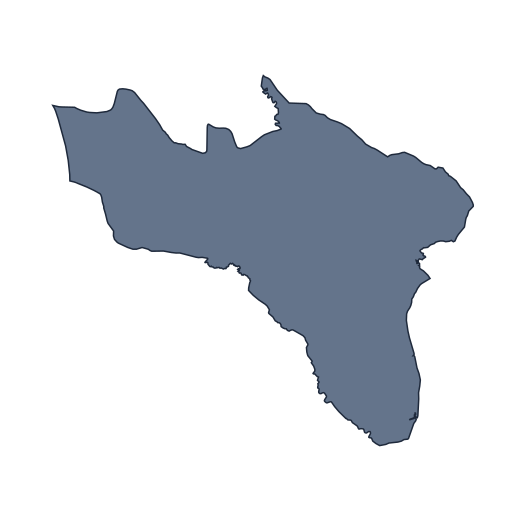 Stoung, Kâmpóng Thum, Cambodia, rotated 274°
{"feature_id": "14789045B61102121423301", "entity_name": "Stoung", "entity_type": "district", "adm_level": 2, "iso_a3": "KHM", "parent_name": "Cambodia", "parent_adm1": "Kâmpóng Thum", "projection": "orthographic", "projection_center": [104.491, 12.979], "detail": "fine", "context": "isolated", "style": "filled", "palette": "slate", "viewbox_px": 512, "rotation_deg": 274, "n_neighbors": 0, "source": "geoboundaries", "source_scale": "gbopen_adm2", "svg_char_len": 6114}
<svg xmlns="http://www.w3.org/2000/svg" viewBox="0 0 512 512"><g transform="rotate(274 256 256)"><path d="M436.5,250.7L434.0,250.0L425.8,249.4L424.0,250.9L423.2,251.1L422.8,252.0L422.6,253.0L423.0,254.0L423.9,254.7L424.0,255.4L422.8,255.6L422.0,255.7L421.7,255.0L421.3,253.4L421.5,252.5L420.3,251.4L419.8,251.6L418.2,254.3L419.4,256.0L419.2,256.5L417.4,257.3L415.8,256.5L414.8,256.8L414.5,257.3L415.1,258.7L416.0,259.3L415.8,260.5L415.3,260.9L413.7,260.6L410.6,262.0L410.1,262.5L410.2,263.4L411.7,264.3L411.1,265.4L410.3,265.8L409.4,265.9L406.6,264.3L405.4,266.1L404.7,267.8L400.5,268.4L398.9,268.0L398.6,266.7L397.4,266.1L396.7,265.1L393.8,265.1L393.0,266.3L392.4,268.2L390.9,269.9L390.2,270.0L389.8,266.2L388.7,266.0L387.6,267.0L387.6,268.6L386.9,270.1L384.8,272.2L384.4,272.2L382.6,268.4L381.4,264.1L377.5,255.9L375.3,253.1L365.8,242.5L364.3,239.4L362.1,233.2L362.5,230.8L362.9,229.8L363.9,229.0L368.3,226.8L376.3,223.6L378.5,222.1L380.3,220.0L381.3,217.0L381.3,214.4L380.9,210.4L381.0,207.0L381.8,204.3L384.2,199.6L384.0,199.0L382.9,198.5L380.8,198.4L358.5,199.6L357.0,199.5L355.5,198.3L354.7,195.7L357.9,184.2L358.4,183.7L360.4,179.1L362.5,177.5L362.2,175.2L362.5,174.1L362.6,170.4L363.3,168.1L363.2,166.5L365.0,164.1L368.1,161.1L370.4,159.5L371.6,157.9L373.1,156.9L375.1,154.1L380.3,150.7L386.1,146.1L400.5,133.2L403.3,130.2L410.6,123.5L412.2,121.0L412.8,118.9L413.4,114.6L413.5,111.3L413.0,108.2L412.0,106.9L410.6,106.2L398.2,104.0L394.5,102.9L392.9,102.0L391.5,100.8L389.7,97.2L387.7,87.2L387.6,80.0L387.8,77.2L389.2,71.0L390.6,67.0L391.7,64.7L391.1,51.4L391.1,49.0L392.0,42.8L389.2,44.7L386.4,46.1L378.8,49.2L352.5,58.4L338.3,62.0L324.3,64.5L317.9,65.1L317.1,69.8L313.0,82.5L310.1,89.9L307.2,96.1L305.9,97.1L303.7,98.0L299.1,99.0L294.8,100.7L293.2,100.8L287.3,103.0L280.6,105.1L278.1,106.2L271.0,112.2L266.1,112.4L262.7,113.7L260.2,116.3L259.3,117.7L255.6,127.4L254.2,132.8L254.5,136.4L256.5,141.7L256.4,142.5L255.2,148.1L254.1,149.9L253.5,151.6L254.5,163.3L253.6,171.4L253.4,176.1L253.7,179.8L250.6,196.3L250.4,198.7L250.9,202.4L250.4,207.6L250.2,208.0L249.4,208.0L246.5,205.7L246.0,205.6L245.9,206.2L246.3,208.1L246.0,208.4L244.4,208.7L242.3,210.7L242.2,211.6L242.6,212.0L242.2,212.2L242.0,214.0L241.5,214.3L241.0,215.8L241.4,217.4L241.9,217.7L241.6,218.6L242.1,219.9L241.3,220.9L241.6,222.2L240.7,224.4L241.3,225.3L241.3,226.8L241.7,227.1L242.8,227.2L243.1,228.3L243.9,229.3L244.9,229.2L246.9,230.9L246.3,232.0L247.0,233.2L246.3,233.7L245.9,234.7L245.3,234.5L244.9,235.3L245.1,236.2L244.3,236.7L244.5,237.7L244.1,238.4L244.8,239.1L244.6,240.2L243.0,241.1L242.5,240.9L242.2,239.4L241.2,238.6L240.7,239.3L240.8,240.4L240.4,240.4L239.3,239.3L239.2,239.8L237.8,240.6L238.0,241.8L237.7,242.3L236.3,242.9L236.0,243.4L236.2,243.8L236.0,244.5L236.7,244.7L236.8,245.2L236.5,246.4L235.5,248.2L235.5,248.8L233.8,249.9L232.8,251.5L231.7,251.5L231.1,252.2L230.5,252.2L228.8,251.6L223.6,250.9L221.1,251.0L216.6,256.0L212.4,261.8L208.5,268.6L206.8,270.7L203.3,273.1L200.3,272.5L199.6,272.8L196.3,277.2L192.7,279.7L191.7,281.8L191.1,282.2L191.0,284.0L190.4,284.8L189.4,285.6L187.3,286.0L186.0,288.2L185.4,290.1L185.5,291.3L184.0,292.5L183.4,294.3L184.2,295.5L184.9,297.1L184.7,298.3L179.8,308.5L177.9,310.5L175.4,311.4L171.8,313.9L170.9,313.9L168.2,312.7L163.8,313.4L161.3,314.2L160.1,314.7L155.2,319.2L154.6,319.3L153.4,318.6L150.2,321.2L147.1,322.6L145.3,322.7L142.9,321.1L142.4,321.5L142.4,322.9L140.0,325.5L139.6,326.8L136.3,326.0L134.8,327.6L134.1,327.5L132.9,326.6L131.6,327.0L129.5,326.7L128.7,326.8L128.2,327.9L127.3,328.3L125.3,328.0L124.3,328.1L123.8,328.4L123.2,329.3L123.2,330.4L124.2,332.0L124.4,332.9L124.0,333.9L121.3,336.0L120.3,336.1L117.6,334.6L116.3,334.3L115.6,334.8L114.7,336.0L114.4,337.0L115.8,340.3L115.7,341.4L111.2,345.0L106.6,349.5L100.6,356.5L100.2,356.9L100.3,357.4L98.9,359.1L98.9,361.8L98.5,362.5L96.5,363.8L93.7,368.5L93.0,369.2L91.2,370.1L90.5,370.8L91.1,372.8L91.0,374.9L90.5,375.6L87.8,376.6L87.2,377.4L87.2,378.7L88.7,380.5L88.8,382.0L88.3,382.4L86.9,382.6L83.8,381.2L83.0,381.2L82.7,381.8L82.5,383.6L82.1,384.1L79.5,385.4L77.3,388.7L75.5,392.6L77.1,398.6L78.7,401.7L80.3,410.6L81.5,414.0L83.2,416.4L83.9,420.2L84.7,420.9L100.0,425.1L102.7,426.8L104.2,427.2L106.1,426.3L105.0,424.9L103.2,420.4L104.0,421.1L105.4,424.5L106.2,425.3L108.6,425.1L109.1,425.6L110.5,425.7L110.4,426.1L109.1,426.3L108.3,425.5L107.0,426.3L105.9,427.7L105.9,428.2L107.9,428.6L124.8,428.3L131.0,427.7L137.5,428.4L143.8,428.6L150.1,426.8L155.6,424.4L166.6,421.4L167.8,420.5L167.6,419.8L168.9,420.6L170.0,420.4L185.0,414.8L191.7,412.8L202.2,410.5L208.8,410.3L211.5,411.0L215.1,413.0L217.5,413.9L220.7,414.5L223.9,414.4L226.3,415.8L229.7,416.8L230.6,417.7L234.9,419.4L238.6,421.7L240.0,423.1L245.7,431.2L248.7,428.9L252.8,424.1L254.7,420.6L255.7,420.0L257.2,420.0L257.8,419.1L258.1,419.8L259.8,419.7L260.3,419.2L260.3,418.5L261.7,418.3L261.5,417.6L260.5,417.8L260.0,417.7L259.7,417.2L260.0,416.9L261.3,416.9L262.3,416.1L262.9,416.0L262.5,417.0L262.6,417.7L263.4,418.5L264.3,418.9L264.5,419.4L263.9,422.1L265.0,423.0L266.6,425.2L267.1,425.1L267.6,424.6L268.0,422.9L268.7,422.5L269.8,422.9L270.4,422.5L270.6,420.9L272.5,419.2L272.9,419.2L274.0,420.2L274.5,421.2L276.0,422.7L275.9,423.3L276.6,426.7L279.3,429.3L280.9,433.1L282.2,434.1L283.1,436.2L283.9,439.1L284.0,442.0L283.5,444.2L284.2,447.9L285.2,449.7L284.0,451.9L284.8,453.4L288.9,454.9L291.7,456.4L299.4,461.9L307.4,462.7L309.2,463.1L310.9,464.0L315.7,465.1L320.6,469.2L322.0,469.2L324.5,468.2L329.8,464.9L332.8,461.5L336.5,458.1L338.5,455.3L344.9,450.4L349.0,444.4L349.6,442.6L351.0,442.0L353.1,439.1L356.8,436.3L357.3,431.5L355.6,430.0L355.4,428.5L358.4,423.5L359.0,419.2L359.7,417.1L360.8,414.9L365.5,408.4L366.7,406.1L369.8,397.0L369.4,394.8L367.9,391.2L366.6,384.5L365.8,382.6L364.1,380.4L370.2,369.4L371.5,366.5L372.2,363.8L375.3,357.5L379.3,353.5L382.6,348.9L389.7,340.5L394.0,332.1L395.4,327.9L397.3,320.7L398.9,317.6L401.1,315.1L401.8,313.4L402.0,310.2L402.9,306.1L406.9,301.5L408.8,299.8L410.4,297.7L411.5,295.3L410.9,278.4L422.8,265.7L433.0,257.7L434.3,255.5L435.3,252.4L436.5,250.7Z" fill="#64748b" stroke="#1e293b" stroke-width="1.5"/></g></svg>